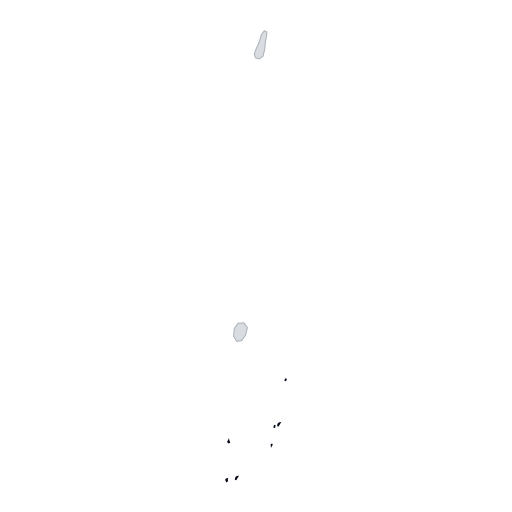 location of Meemu within Maldives
{"feature_id": "MDV-5236", "entity_name": "Meemu", "entity_type": "Atoll", "adm_level": 1, "iso_a3": "MDV", "parent_name": "Maldives", "parent_adm1": "", "projection": "equal_earth", "projection_center": [73.465, 2.939], "detail": "fine", "context": "in_parent", "style": "filled", "palette": "ink", "viewbox_px": 512, "rotation_deg": 0, "n_neighbors": 0, "source": "natural_earth", "source_scale": "10m", "svg_char_len": 980}
<svg xmlns="http://www.w3.org/2000/svg" viewBox="0 0 512 512"><path d="M263.1,56.1L259.2,58.9L255.5,57.8L254.3,54.2L256.1,48.9L259.2,42.1L261.3,34.7L264.4,30.7L266.8,32.0L266.5,36.2L265.4,41.9L264.7,49.3L263.1,56.1ZM241.5,340.7L236.6,341.3L233.6,336.1L234.3,328.5L238.1,323.2L244.0,322.9L247.4,327.6L245.6,335.0L241.5,340.7Z" fill="#d9dde1" stroke="#a8b0b8" stroke-width="1"/><path d="M279.8,423.0L277.9,426.2L278.1,424.3L278.8,423.5L279.4,423.1L279.8,423.0ZM237.5,476.7L235.6,479.9L235.9,478.0L236.4,477.1L237.1,476.8L237.5,476.7ZM227.2,479.0L227.0,479.8L227.2,480.4L227.2,480.9L226.7,481.3L226.0,479.9L226.2,479.3L226.7,479.2L227.2,479.0ZM228.7,440.6L228.9,441.4L229.2,441.9L229.3,442.3L228.8,442.6L228.0,441.9L228.0,441.5L228.5,441.1L228.7,440.6ZM286.0,378.7L285.9,379.9L284.9,380.7L286.0,378.7ZM274.9,425.1L274.4,427.7L274.2,427.0L274.4,426.4L274.9,425.1ZM271.4,444.0L271.7,444.5L271.9,444.7L271.5,445.4L271.4,444.0Z" fill="#0f172a" stroke="#020617" stroke-width="1.5"/></svg>